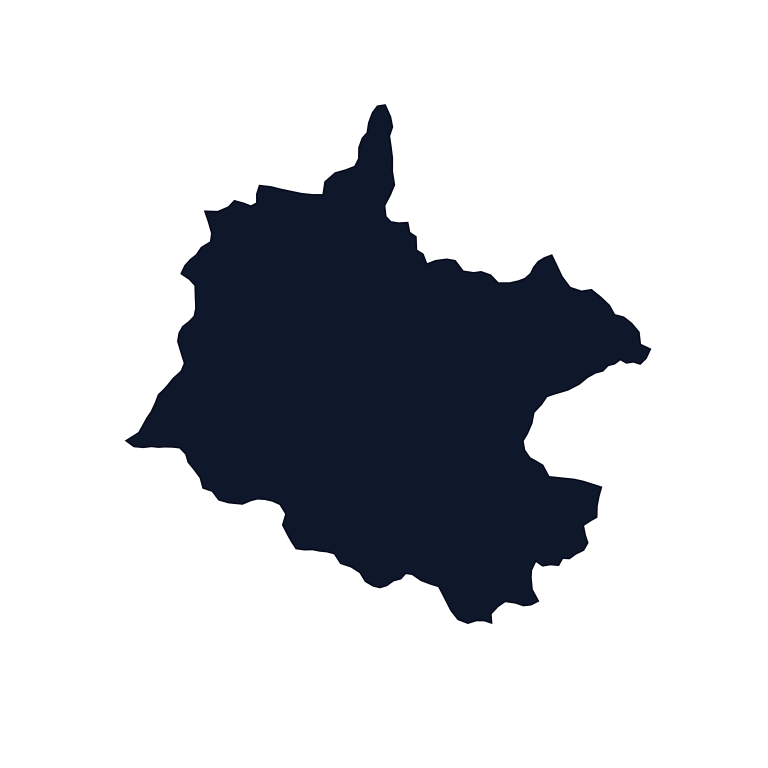 Pouso Alto, Minas Gerais, Brazil (Robinson projection), rotated 159°
{"feature_id": "56859067B83789258057197", "entity_name": "Pouso Alto", "entity_type": "district", "adm_level": 2, "iso_a3": "BRA", "parent_name": "Brazil", "parent_adm1": "Minas Gerais", "projection": "robinson", "projection_center": [-44.938, -22.177], "detail": "fine", "context": "isolated", "style": "filled", "palette": "ink", "viewbox_px": 768, "rotation_deg": 159, "n_neighbors": 0, "source": "geoboundaries", "source_scale": "gbopen_adm2", "svg_char_len": 2679}
<svg xmlns="http://www.w3.org/2000/svg" viewBox="0 0 768 768"><g transform="rotate(159 384 384)"><path d="M399.2,137.6L391.4,130.6L382.6,130.1L375.2,127.2L369.2,122.3L366.6,131.0L357.6,135.5L348.8,137.6L339.8,132.6L333.3,127.2L325.8,125.2L317.7,126.1L319.4,139.0L316.2,150.6L313.1,157.4L305.8,164.4L301.1,157.4L293.4,155.8L286.0,152.2L279.7,157.4L273.4,154.6L266.2,156.6L257.2,157.4L250.7,162.7L250.3,170.9L248.6,180.6L240.1,182.4L233.1,183.5L228.9,193.7L223.5,202.4L218.0,209.7L232.7,221.5L240.5,226.7L263.3,238.3L264.9,251.2L269.8,257.4L274.3,262.8L276.5,272.0L274.7,281.1L268.0,286.3L259.9,294.6L254.3,303.8L244.1,308.7L236.6,314.0L228.5,313.7L214.4,312.6L201.7,314.0L191.8,317.3L183.1,318.6L174.9,317.8L168.3,321.0L161.6,320.2L154.6,322.2L150.2,316.8L143.3,315.3L137.7,310.8L130.1,314.1L122.8,321.1L130.5,329.1L127.4,341.0L131.2,352.0L136.4,360.6L144.0,366.0L145.4,376.4L150.3,386.8L156.6,397.7L166.5,399.8L175.7,407.4L179.4,420.5L180.3,433.2L181.2,444.2L189.1,444.3L196.2,442.9L202.5,439.2L207.5,434.5L214.5,431.9L221.2,431.9L230.3,433.2L241.2,437.3L245.5,447.5L253.2,454.0L260.3,455.6L269.7,460.9L273.4,473.6L280.7,478.0L291.6,480.6L301.1,480.6L301.1,491.2L305.7,497.3L301.4,510.0L305.8,516.3L304.0,526.2L312.8,529.0L319.5,532.9L322.3,539.7L319.5,550.3L310.3,558.4L302.9,566.2L300.0,579.7L295.2,592.0L292.3,603.7L290.1,613.6L284.0,620.9L282.2,631.1L282.9,644.1L290.6,645.7L297.6,641.3L304.7,633.2L309.6,624.6L316.2,621.2L322.7,613.6L326.8,603.4L333.3,597.5L343.4,597.5L354.0,598.5L366.6,593.9L373.1,582.4L383.0,586.3L392.7,591.2L400.8,596.4L410.3,602.5L418.8,608.5L429.1,613.9L434.7,606.9L437.9,598.5L444.5,597.7L450.3,603.0L458.0,608.7L465.8,604.9L477.5,604.5L489.3,609.5L489.7,598.3L490.8,586.3L494.9,578.8L505.5,576.9L512.9,571.8L520.3,569.4L527.4,565.8L533.8,559.7L528.1,551.5L525.0,543.7L528.6,533.5L532.4,522.2L536.9,515.2L543.9,511.9L551.1,509.8L557.0,505.0L561.2,497.7L562.3,483.4L562.8,474.8L568.7,468.6L578.8,464.7L586.0,460.5L592.0,457.4L598.3,454.8L604.6,447.8L611.4,441.3L617.3,437.3L622.5,432.9L630.3,426.4L645.2,423.5L639.8,415.2L631.4,411.1L623.3,409.0L617.3,405.9L611.0,403.9L603.8,400.9L597.5,397.7L594.1,389.6L594.8,381.1L592.0,372.8L589.1,362.3L590.2,351.7L582.7,345.5L579.7,335.0L571.4,328.8L559.2,322.7L550.0,323.0L543.3,322.2L536.5,319.1L530.2,314.9L524.2,308.9L522.1,297.8L529.1,288.7L527.9,277.7L526.8,270.1L525.0,261.8L517.9,257.9L509.9,255.0L503.9,251.2L497.5,248.0L491.1,243.4L488.7,232.1L480.2,225.1L473.9,216.5L472.1,206.4L466.5,199.4L460.7,195.4L453.7,194.9L445.8,197.0L438.2,196.2L431.6,199.5L425.8,196.2L419.7,187.3L412.2,180.6L405.5,175.4L404.1,163.1L402.6,148.5L399.2,137.6Z" fill="#0f172a" stroke="#020617" stroke-width="1.5"/></g></svg>